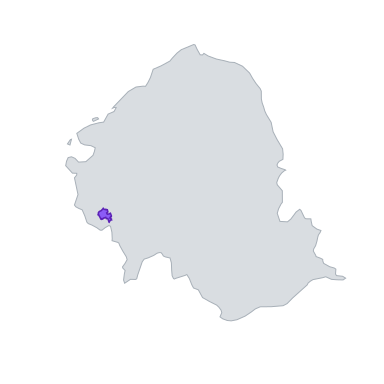 Treang, Takêv, Cambodia shown in context, rotated 70°
{"feature_id": "14789045B64200778269013", "entity_name": "Treang", "entity_type": "district", "adm_level": 2, "iso_a3": "KHM", "parent_name": "Cambodia", "parent_adm1": "Takêv", "projection": "mercator", "projection_center": [104.808, 10.878], "detail": "fine", "context": "in_parent", "style": "filled", "palette": "violet", "viewbox_px": 384, "rotation_deg": 70, "n_neighbors": 0, "source": "geoboundaries", "source_scale": "gbopen_adm2", "svg_char_len": 5055}
<svg xmlns="http://www.w3.org/2000/svg" viewBox="0 0 384 384"><g transform="rotate(70 192 192)"><path d="M325.5,77.1L326.3,80.1L324.1,85.7L321.8,90.8L317.4,95.3L317.2,98.5L315.7,108.3L316.3,111.4L317.3,114.1L318.7,115.5L322.5,125.0L326.0,133.7L329.4,140.8L330.0,145.3L326.9,156.7L323.2,167.2L323.5,172.4L325.1,177.6L326.8,184.6L327.4,193.5L326.5,199.2L324.8,202.8L321.7,206.5L318.9,208.4L315.6,205.3L313.0,205.1L309.5,206.1L306.7,207.5L301.0,212.9L294.8,218.2L286.1,219.5L282.7,223.4L279.1,223.9L272.3,224.1L267.8,225.1L268.0,227.0L267.6,236.3L267.7,238.4L267.0,239.0L263.9,239.3L258.7,237.9L251.5,235.6L246.5,235.2L243.9,239.2L242.3,240.8L240.4,241.1L238.4,241.8L237.7,243.6L237.6,245.8L238.5,249.7L238.9,255.8L238.7,259.9L240.5,262.6L251.4,271.4L254.6,273.6L254.9,274.9L253.0,279.7L254.7,286.5L251.3,286.4L245.7,283.5L242.9,281.7L239.6,283.1L238.5,282.8L236.3,279.5L233.4,276.1L230.4,275.9L224.1,277.2L217.6,278.2L215.1,278.2L214.1,278.8L210.4,283.8L208.8,283.0L202.3,281.0L196.3,280.3L195.1,281.6L195.8,285.7L197.1,289.7L196.4,291.4L193.1,293.6L188.8,297.4L186.2,300.3L184.3,301.1L177.7,300.9L171.2,301.3L168.6,304.1L166.1,306.3L164.0,306.9L155.4,300.0L138.5,297.6L136.6,294.5L135.0,293.9L133.4,297.9L124.1,301.7L120.2,299.4L117.3,296.6L117.7,293.2L120.4,290.4L125.1,288.4L127.2,281.4L123.7,272.5L120.6,269.9L117.3,267.8L113.9,271.1L111.0,276.8L108.0,279.8L103.7,280.4L97.5,280.2L95.1,271.7L94.3,264.4L95.1,256.0L96.1,251.1L90.1,244.2L89.7,237.7L86.8,234.4L86.0,236.1L86.1,238.0L85.2,236.6L75.8,217.5L74.2,208.7L75.8,201.8L76.8,199.5L74.0,195.9L70.2,191.9L63.4,186.5L62.9,178.0L61.4,168.0L59.4,164.6L56.3,158.5L54.6,153.4L54.0,139.9L54.9,138.8L59.7,138.4L65.9,137.4L66.8,135.2L65.8,133.4L69.7,130.3L75.4,123.6L79.8,116.6L82.9,112.2L84.8,107.8L91.1,101.5L99.9,97.2L105.9,96.2L112.1,94.7L118.1,92.6L120.9,92.4L128.3,95.0L132.3,95.6L136.4,95.6L140.8,95.9L144.6,95.6L153.6,93.8L163.2,95.2L171.8,94.1L182.4,92.1L187.6,93.4L192.4,95.4L193.0,99.5L194.1,101.4L195.7,102.9L197.8,102.9L200.5,100.0L202.8,97.0L203.5,96.5L203.6,97.9L204.8,101.2L206.8,104.3L208.8,106.4L212.2,109.2L214.5,109.4L221.7,106.7L232.6,110.6L233.8,112.5L237.4,116.4L241.2,119.2L249.7,119.4L252.7,112.5L251.2,108.3L246.4,101.0L245.1,96.7L246.6,95.9L254.8,95.1L256.1,94.2L257.9,89.5L260.2,90.0L264.7,90.6L269.5,87.4L272.3,84.0L273.9,85.5L275.6,87.9L277.5,89.3L280.9,91.4L284.7,94.2L287.1,97.1L289.0,98.2L293.8,97.4L295.1,97.5L298.0,94.1L300.0,92.2L301.6,92.7L304.1,92.7L309.2,88.3L312.1,84.3L313.7,83.2L318.2,85.2L320.0,84.8L322.7,79.3L325.5,77.1ZM91.9,260.4L91.0,260.9L90.1,260.9L89.2,260.1L89.3,257.1L89.9,255.2L91.4,254.8L91.9,260.4ZM106.1,290.6L104.2,292.6L101.2,288.4L101.2,287.2L106.1,290.6Z" fill="#d9dde1" stroke="#a8b0b8" stroke-width="1"/><path d="M179.7,287.3L179.8,287.3L180.0,287.3L180.3,287.3L180.5,287.4L180.7,287.5L180.8,287.5L180.9,287.8L181.0,287.8L181.1,288.0L181.3,288.1L181.5,288.0L181.5,287.9L181.5,287.7L181.8,287.5L181.9,287.4L182.0,287.4L182.3,287.4L182.6,287.4L182.8,287.4L183.0,287.3L183.3,287.3L183.4,287.2L183.5,287.2L184.0,287.2L184.4,287.1L185.4,287.0L186.1,287.0L186.1,286.2L186.8,286.2L186.8,285.9L186.8,285.7L186.9,285.3L186.9,285.2L186.6,285.0L186.6,284.1L186.3,284.1L186.3,282.0L186.3,281.8L186.3,281.7L187.0,281.7L187.4,281.7L187.6,281.7L187.7,281.4L187.8,281.4L187.8,281.2L187.8,280.9L188.0,280.7L188.1,280.4L188.2,280.2L191.8,280.3L192.0,280.3L192.1,280.2L191.9,280.0L191.8,279.9L191.7,279.9L191.6,279.7L191.4,279.5L191.4,279.4L191.2,279.3L191.2,279.2L190.9,278.8L190.8,278.7L190.7,278.5L190.7,278.4L190.7,278.2L190.7,277.8L190.7,277.7L190.7,277.4L190.7,277.2L190.5,277.3L190.4,277.4L190.2,277.5L189.9,277.5L189.8,277.4L189.7,277.3L189.4,277.3L189.4,277.2L189.2,277.3L188.9,277.4L188.7,277.4L188.7,277.5L188.6,277.8L188.6,278.0L188.4,278.0L188.2,278.0L188.1,277.9L188.1,277.7L187.9,277.6L187.8,277.4L187.7,277.4L187.5,277.2L187.8,277.0L187.8,276.9L187.7,276.8L187.7,276.7L187.6,276.4L187.4,276.2L187.2,276.1L187.0,275.9L186.0,275.9L185.1,275.9L185.0,276.0L184.9,276.1L184.7,276.0L184.5,275.9L184.4,275.9L184.0,275.9L184.0,276.0L184.0,276.4L184.0,276.5L184.1,276.8L184.2,277.0L184.2,277.4L184.2,277.6L184.2,277.8L184.1,278.0L184.0,278.3L184.0,278.5L183.9,278.8L184.0,278.9L183.9,279.0L183.7,279.1L183.6,279.3L183.4,279.4L183.1,279.4L182.9,279.4L182.7,279.3L182.4,279.3L182.3,278.3L182.3,278.2L181.8,278.0L181.5,278.0L181.4,278.0L181.3,277.9L181.3,277.7L181.2,277.7L180.9,277.7L180.5,277.7L179.7,277.6L179.6,277.9L179.6,278.2L179.5,278.4L179.4,278.5L179.1,278.6L178.9,278.7L179.0,278.9L179.0,279.2L179.0,279.3L178.7,279.4L178.7,279.6L178.6,279.9L178.5,280.1L178.4,280.3L178.2,280.5L177.8,280.7L177.7,280.7L177.4,280.8L177.2,280.8L176.9,280.9L176.9,281.0L177.1,281.2L177.6,281.9L177.6,282.0L177.7,282.3L177.8,282.3L178.1,283.0L178.2,283.3L178.3,283.4L178.3,283.5L178.5,283.8L178.5,284.1L178.6,284.3L178.5,284.5L178.5,284.8L178.5,285.0L178.6,285.3L178.6,285.5L178.7,285.8L178.7,286.0L178.8,286.1L178.9,286.3L179.0,286.3L179.1,286.5L179.3,286.7L179.4,286.8L179.5,286.9L179.5,287.0L179.7,287.3Z" fill="#8b5cf6" stroke="#5b21b6" stroke-width="1.5"/></g></svg>